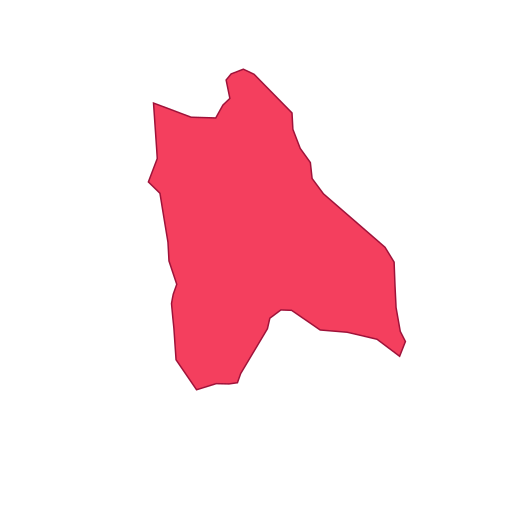 Menoua, Ouest, Cameroon, rotated 128°
{"feature_id": "32672807B11213510980510", "entity_name": "Menoua", "entity_type": "district", "adm_level": 2, "iso_a3": "CMR", "parent_name": "Cameroon", "parent_adm1": "Ouest", "projection": "equal_earth", "projection_center": [10.088, 5.433], "detail": "fine", "context": "isolated", "style": "filled", "palette": "rose", "viewbox_px": 512, "rotation_deg": 128, "n_neighbors": 0, "source": "geoboundaries", "source_scale": "gbopen_adm2", "svg_char_len": 816}
<svg xmlns="http://www.w3.org/2000/svg" viewBox="0 0 512 512"><g transform="rotate(128 256 256)"><path d="M198.6,430.9L233.8,399.3L240.0,393.8L263.9,386.4L265.7,370.3L279.5,355.4L286.6,347.7L299.3,333.9L305.7,328.3L313.5,321.5L327.1,301.0L337.0,297.7L341.0,295.7L345.5,293.3L355.8,283.6L363.4,276.3L387.0,255.1L398.0,220.5L381.1,208.8L373.4,198.5L367.3,192.6L358.1,195.7L306.3,202.2L296.5,206.8L283.2,203.2L276.9,194.5L274.8,159.9L260.0,137.3L247.1,109.4L246.6,81.1L231.4,85.6L226.6,95.9L210.3,114.0L208.4,115.6L194.4,127.7L175.8,143.4L169.7,159.7L165.5,241.1L160.4,259.5L148.9,270.7L144.0,287.4L133.5,304.9L121.1,315.7L116.0,354.4L114.0,369.4L116.6,381.0L127.8,387.7L135.7,387.9L147.9,373.6L157.4,375.0L172.0,372.7L186.6,392.6L197.5,427.5L198.6,430.9Z" fill="#f43f5e" stroke="#9f1239" stroke-width="1.5"/></g></svg>